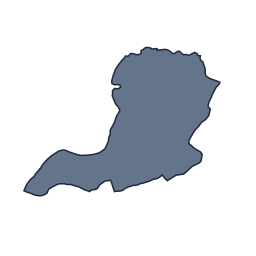 Balanga, Gombe, Nigeria, rotated 18°
{"feature_id": "59680162B30817931145163", "entity_name": "Balanga", "entity_type": "district", "adm_level": 2, "iso_a3": "NGA", "parent_name": "Nigeria", "parent_adm1": "Gombe", "projection": "orthographic", "projection_center": [11.616, 9.82], "detail": "fine", "context": "isolated", "style": "filled", "palette": "slate", "viewbox_px": 256, "rotation_deg": 18, "n_neighbors": 0, "source": "geoboundaries", "source_scale": "gbopen_adm2", "svg_char_len": 2796}
<svg xmlns="http://www.w3.org/2000/svg" viewBox="0 0 256 256"><g transform="rotate(18 128 128)"><path d="M181.6,166.0L188.3,158.0L195.2,154.6L197.7,150.3L201.4,144.0L202.9,142.8L205.2,140.5L206.4,139.4L207.1,138.2L207.6,137.0L207.5,134.9L207.2,133.3L206.7,130.4L206.7,130.1L204.2,128.3L198.2,127.1L190.6,123.9L189.9,121.1L190.0,119.4L190.8,116.3L191.4,112.9L192.5,109.1L194.9,104.1L195.9,100.3L199.2,96.0L201.0,91.2L200.6,86.7L200.5,84.7L197.3,82.5L197.0,77.7L197.7,73.7L197.9,69.3L199.3,62.1L201.2,58.0L201.3,56.2L200.0,56.0L197.5,55.8L196.4,55.8L193.9,55.8L190.1,55.6L186.1,54.4L184.5,52.3L184.3,51.2L184.0,50.2L183.7,49.5L182.9,47.6L180.5,44.4L178.5,41.8L177.8,41.8L176.5,41.1L175.0,39.6L174.7,38.0L174.5,36.9L173.3,37.2L172.8,37.5L172.4,37.7L172.1,37.5L171.5,37.0L171.0,36.0L168.1,35.4L163.0,40.5L161.1,39.9L158.1,41.2L152.8,39.0L151.8,39.8L150.4,40.9L149.5,42.5L147.8,43.5L145.7,42.6L143.1,41.7L140.3,41.5L138.7,41.9L134.9,43.5L131.7,45.0L131.4,43.8L130.5,43.7L128.7,44.4L126.6,45.5L125.2,45.0L122.6,45.1L120.4,45.8L118.7,47.3L118.5,48.7L116.7,50.0L116.5,50.9L117.0,51.7L117.4,52.6L115.9,54.9L113.0,55.6L109.8,55.7L107.5,56.3L106.9,57.5L106.5,59.1L105.4,59.8L103.3,60.4L103.0,62.0L101.3,65.5L99.0,72.0L97.9,76.7L97.8,79.8L97.7,84.5L98.0,87.8L98.0,88.8L98.7,90.0L99.2,90.8L100.5,90.9L102.1,91.0L104.8,89.8L107.4,90.0L108.4,91.4L107.1,93.1L105.0,94.3L103.3,94.3L102.4,95.5L101.8,97.8L102.6,99.4L103.0,102.1L105.3,104.9L108.6,108.8L112.1,110.9L114.8,113.7L114.8,113.8L113.4,120.7L113.4,127.0L111.8,135.5L112.9,139.1L112.7,142.6L113.4,146.9L112.9,152.1L112.8,152.7L112.4,155.1L109.9,158.5L108.8,160.0L106.2,162.0L102.4,164.3L100.3,165.2L99.4,165.7L96.9,166.7L91.7,168.6L89.0,168.9L86.4,169.1L84.3,169.0L79.4,168.9L76.8,168.6L75.0,168.5L72.5,169.2L69.1,171.5L67.8,173.2L65.9,175.4L65.2,176.4L63.3,178.6L62.8,179.8L61.8,181.4L61.1,182.6L59.8,185.2L59.3,186.3L58.3,189.1L57.6,191.2L57.3,193.4L57.2,193.5L57.3,193.5L55.1,197.9L54.4,200.3L54.2,201.0L53.3,203.6L51.2,206.9L50.5,208.9L49.2,212.6L49.0,213.6L48.7,215.9L48.7,217.5L48.4,219.8L50.9,220.2L54.9,220.1L59.0,220.6L63.8,220.1L66.2,219.2L66.9,218.9L68.3,218.0L71.0,215.2L71.3,212.1L71.8,210.0L73.0,209.0L74.6,207.1L77.3,204.4L79.6,202.5L81.6,201.7L85.0,200.6L87.3,200.6L90.8,199.4L92.3,199.4L95.4,199.4L95.7,199.4L99.3,199.2L105.3,200.2L111.0,200.2L111.1,200.3L112.4,198.3L115.5,196.8L117.3,195.3L118.7,190.6L122.8,185.4L127.8,183.1L134.7,192.7L135.3,192.2L138.3,191.1L141.4,189.6L143.3,187.6L144.5,185.7L147.2,183.4L149.1,182.3L151.0,180.7L152.5,180.4L155.2,178.8L156.1,177.9L156.7,177.2L158.7,176.2L160.3,175.1L161.9,173.9L162.6,173.5L164.5,172.1L165.2,171.6L166.8,170.0L168.3,168.5L169.1,168.5L171.8,166.6L172.5,165.8L172.9,165.4L174.8,162.7L175.2,162.1L178.2,164.3L181.6,166.0Z" fill="#64748b" stroke="#1e293b" stroke-width="1.5"/></g></svg>